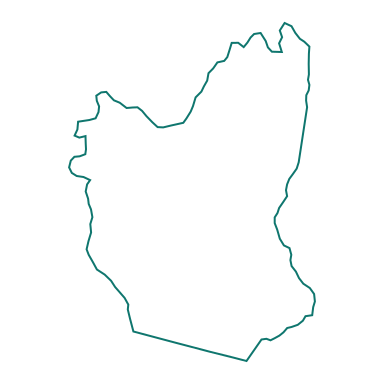 Bananeiras, Paraíba, Brazil
{"feature_id": "56859067B72565003837618", "entity_name": "Bananeiras", "entity_type": "district", "adm_level": 2, "iso_a3": "BRA", "parent_name": "Brazil", "parent_adm1": "Paraíba", "projection": "natural_earth1", "projection_center": [-35.597, -6.693], "detail": "fine", "context": "isolated", "style": "outline", "palette": "teal", "viewbox_px": 384, "rotation_deg": 0, "n_neighbors": 0, "source": "geoboundaries", "source_scale": "gbopen_adm2", "svg_char_len": 1791}
<svg xmlns="http://www.w3.org/2000/svg" viewBox="0 0 384 384"><path d="M307.1,107.2L306.1,100.6L306.3,95.2L308.7,90.4L309.4,84.9L308.0,79.8L308.9,74.5L308.7,63.8L308.9,53.6L309.4,46.6L304.3,41.7L299.9,38.8L295.3,32.9L291.5,26.2L284.6,23.0L279.8,30.5L282.1,37.2L279.1,43.3L281.8,52.0L271.9,51.7L267.9,47.4L265.7,41.0L260.6,33.0L254.1,34.0L250.6,37.5L247.4,42.6L243.7,47.1L238.2,42.8L231.7,42.9L229.6,49.8L227.3,57.1L224.2,60.9L217.4,62.4L213.2,68.4L208.5,73.2L207.2,80.6L203.9,86.4L201.4,91.6L195.6,97.4L193.0,106.1L190.7,111.6L186.4,118.5L183.3,122.8L175.2,124.6L171.1,125.5L163.2,127.4L157.6,127.1L152.3,122.2L146.4,116.1L142.1,110.9L137.5,107.3L132.7,107.5L126.6,108.0L119.7,102.7L113.9,100.3L110.0,96.2L106.3,91.9L101.2,92.4L96.3,95.7L96.8,100.8L99.1,106.4L98.5,112.1L95.6,118.3L89.4,120.0L78.1,121.7L77.4,129.5L74.6,135.6L79.3,137.6L85.5,136.1L85.7,142.9L86.0,149.3L85.3,154.2L79.7,156.3L74.4,156.8L70.8,160.6L69.1,167.4L71.8,172.9L76.7,176.0L83.5,177.0L90.1,180.1L87.1,184.4L85.7,191.5L88.1,198.7L88.7,203.9L91.0,209.4L92.4,217.2L90.3,224.1L91.1,232.5L88.5,241.1L86.6,249.3L88.7,254.8L92.7,261.8L96.9,269.5L104.7,274.6L111.1,280.8L115.1,287.0L124.6,297.9L128.3,304.6L127.8,309.5L130.0,318.6L133.4,331.5L176.6,343.0L185.8,345.4L209.7,351.7L233.0,357.5L246.5,361.0L261.5,339.5L266.4,338.8L270.5,340.3L274.7,338.2L279.4,335.6L283.5,332.3L287.2,328.0L291.5,327.0L297.8,324.8L302.9,320.7L305.5,316.2L312.2,315.2L313.2,307.1L314.9,301.5L314.1,294.0L309.8,288.0L303.3,283.7L299.0,278.1L295.9,271.6L291.6,266.1L290.4,260.1L291.3,254.8L289.5,248.1L283.9,245.4L279.8,238.7L277.2,229.6L274.7,223.1L274.7,217.4L277.5,213.0L279.1,208.0L283.1,202.2L287.1,196.2L286.0,190.2L287.1,184.4L289.3,178.9L292.7,174.3L296.7,168.6L298.7,162.3L307.1,107.2Z" fill="none" stroke="#0f766e" stroke-width="2"/></svg>